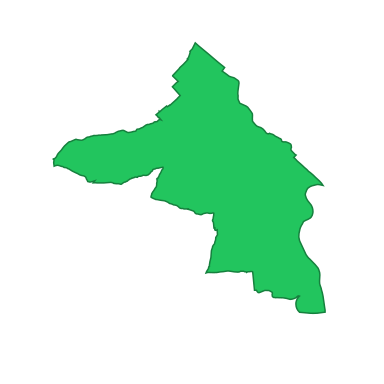 Ionesti, Gorj, Romania (orthographic projection), rotated 348°
{"feature_id": "2599482B1441582003717", "entity_name": "Ionesti", "entity_type": "district", "adm_level": 2, "iso_a3": "ROU", "parent_name": "Romania", "parent_adm1": "Gorj", "projection": "orthographic", "projection_center": [23.41, 44.619], "detail": "fine", "context": "isolated", "style": "filled", "palette": "green", "viewbox_px": 384, "rotation_deg": 348, "n_neighbors": 0, "source": "geoboundaries", "source_scale": "gbopen_adm2", "svg_char_len": 6071}
<svg xmlns="http://www.w3.org/2000/svg" viewBox="0 0 384 384"><g transform="rotate(348 192 192)"><path d="M236.5,60.1L228.9,50.5L226.2,46.8L222.0,52.1L219.3,53.9L219.6,54.2L218.5,56.4L217.0,59.0L216.0,60.2L215.0,60.9L215.5,61.6L210.0,65.4L206.9,67.2L205.7,68.0L205.2,68.6L197.3,74.1L197.2,74.5L201.5,81.0L199.3,82.0L194.7,85.0L200.5,95.2L197.3,97.3L197.2,97.5L188.5,102.6L188.3,102.3L185.7,103.5L185.1,102.6L180.2,105.0L177.3,106.7L176.7,106.1L176.5,106.8L176.2,107.2L172.8,109.0L173.9,110.4L174.0,111.1L174.9,112.4L175.2,112.2L175.5,112.6L176.7,115.0L175.9,114.5L175.1,114.4L173.9,114.9L173.0,115.6L172.4,115.9L171.2,115.7L170.4,115.8L169.8,115.6L168.7,116.3L167.9,116.6L165.4,116.7L164.0,117.0L162.7,116.7L161.0,116.9L157.1,118.6L155.5,118.8L153.4,119.4L152.2,119.2L151.2,119.2L150.7,119.6L150.0,120.5L149.2,120.8L147.3,120.6L145.0,120.8L142.1,120.6L141.2,120.2L138.0,117.6L137.2,117.3L136.3,117.2L134.5,117.3L132.5,117.3L130.0,117.9L128.7,118.4L126.6,118.7L125.6,118.5L121.0,118.3L115.3,117.4L114.0,117.4L112.9,117.0L111.3,117.0L109.3,116.7L107.7,116.3L106.6,116.5L104.2,116.5L103.5,116.8L100.9,116.6L99.7,117.0L98.1,117.8L95.7,118.4L94.9,118.4L94.0,118.2L90.7,117.0L89.9,116.5L89.2,116.3L83.9,117.4L82.2,117.4L80.8,118.1L76.8,120.5L74.7,122.2L73.0,123.8L69.4,126.3L68.3,127.3L67.0,129.0L66.1,129.9L64.5,130.8L63.2,130.8L63.1,131.1L63.6,131.8L63.7,132.1L62.8,134.5L62.5,138.1L63.5,137.9L65.7,137.8L66.3,138.0L67.5,138.5L69.6,139.8L70.8,140.2L71.7,141.1L72.0,141.4L74.4,142.2L75.2,143.2L76.3,143.8L79.3,146.7L82.9,149.5L83.7,150.0L85.9,152.0L88.1,153.2L89.0,153.4L90.4,154.5L91.1,155.3L91.3,156.3L91.5,157.7L91.9,158.6L92.2,160.1L94.3,161.1L96.5,161.1L99.3,160.8L97.3,162.5L100.0,163.0L100.7,163.3L107.8,164.8L114.7,165.7L116.4,166.5L117.2,167.3L119.5,168.1L121.8,168.6L124.2,169.7L125.2,169.4L127.1,168.5L128.2,168.3L129.1,168.4L130.0,168.0L131.1,167.9L132.2,167.1L133.1,166.9L133.6,166.5L135.0,166.4L136.0,165.9L136.8,166.1L137.4,165.8L138.0,166.0L138.4,165.9L139.4,165.5L141.7,166.3L141.9,166.2L142.3,165.7L143.0,165.5L145.1,165.9L146.5,165.8L147.6,165.4L150.5,166.3L151.3,166.2L152.5,166.2L154.6,165.1L156.1,163.8L157.5,163.2L157.9,162.8L158.2,162.0L159.1,161.7L160.6,161.8L161.9,161.4L162.9,161.5L164.1,161.7L165.5,161.6L168.7,161.7L168.8,162.5L168.3,163.4L166.9,164.4L166.4,165.3L164.7,167.5L164.1,167.8L162.6,170.2L162.0,170.6L161.8,171.2L160.7,171.5L160.4,171.8L160.7,172.0L160.2,173.1L160.3,173.8L159.2,176.3L159.0,177.4L158.5,178.8L158.0,179.6L157.5,180.1L156.9,180.5L155.1,182.5L153.5,183.9L152.2,185.4L152.2,185.8L151.7,186.5L150.9,188.1L150.9,188.7L152.9,190.3L155.2,191.9L156.2,192.1L159.9,193.7L163.1,194.8L163.8,195.2L166.3,197.0L167.5,198.4L167.9,198.7L169.2,199.2L170.5,200.1L171.2,200.7L171.9,201.0L172.6,201.2L174.2,202.0L175.2,203.0L176.7,205.1L177.6,205.7L178.3,206.0L179.7,206.2L180.2,206.7L181.3,207.1L184.4,207.6L184.1,207.9L185.8,208.7L189.6,211.0L190.1,211.7L190.8,213.5L191.7,214.3L193.1,214.7L195.4,215.9L196.7,216.1L198.7,215.5L201.9,215.5L202.6,215.6L204.8,216.6L206.6,216.9L208.0,216.8L208.9,217.3L208.2,219.8L207.9,220.2L207.8,220.8L207.3,221.8L207.2,222.4L206.2,223.8L206.1,224.6L206.5,225.7L206.6,226.5L206.0,231.8L206.9,231.8L206.7,232.9L206.5,233.2L206.5,233.9L206.9,234.3L207.4,234.5L208.8,234.2L208.6,235.1L208.0,239.2L205.8,241.4L205.2,243.5L204.7,244.5L204.1,245.4L203.6,246.6L203.2,247.4L202.8,247.7L202.0,248.3L201.4,248.9L200.8,249.6L200.6,250.3L198.8,253.4L196.9,260.0L195.0,264.0L193.7,267.4L193.7,268.2L192.8,268.7L192.1,270.4L190.3,272.2L189.4,273.3L188.9,274.1L189.9,274.0L190.9,274.0L196.3,275.3L199.5,275.9L203.0,276.0L205.9,276.4L209.8,276.6L211.1,276.8L213.1,277.5L216.8,278.9L220.3,279.9L221.9,280.0L223.0,279.6L223.7,279.8L224.6,279.9L225.1,280.1L226.0,280.2L226.8,280.9L227.7,281.1L228.5,281.5L228.6,282.0L229.9,281.6L231.6,281.9L233.2,282.0L234.5,282.4L234.7,282.8L234.6,284.2L232.7,301.1L234.6,301.5L235.1,303.0L235.8,304.1L236.6,304.4L237.6,304.3L242.8,303.4L246.9,304.4L249.3,306.5L249.6,307.0L249.6,307.7L249.1,308.7L248.9,310.4L248.9,310.8L249.1,311.2L249.3,311.5L249.9,312.1L251.0,312.4L251.9,312.8L253.0,312.9L255.6,313.6L259.0,314.4L262.3,315.7L265.4,317.3L266.4,317.5L267.8,317.6L270.0,317.4L271.5,317.1L273.6,315.9L274.5,315.7L275.2,316.0L275.5,316.2L274.2,317.0L272.5,318.7L271.4,320.3L270.6,322.1L270.3,323.6L270.1,325.5L270.2,327.0L270.4,328.1L271.0,329.9L272.2,332.0L282.9,335.3L286.0,336.0L289.5,336.6L297.2,337.2L297.6,335.2L297.7,333.2L298.5,321.2L298.5,317.4L298.3,314.9L298.3,313.0L297.9,310.0L297.8,308.2L298.2,305.7L299.8,299.8L300.0,298.3L300.1,297.1L299.8,294.1L299.4,292.5L297.4,288.7L293.2,282.0L292.3,280.8L291.6,279.5L290.5,276.9L287.1,262.1L287.1,258.3L288.0,254.9L290.0,250.4L291.1,248.7L292.4,247.1L293.4,246.1L294.4,244.7L295.2,244.0L297.5,243.3L299.6,242.9L302.4,242.0L303.3,241.4L304.8,239.7L305.9,237.5L306.2,236.5L306.5,234.5L306.5,232.5L306.2,230.8L305.8,229.4L303.3,224.4L302.5,221.8L302.2,218.7L302.4,217.5L303.1,216.2L304.7,213.8L305.9,212.5L307.1,211.9L308.9,211.2L310.7,210.9L315.9,210.7L316.9,210.9L318.4,211.4L320.2,212.2L321.5,212.8L320.7,210.9L320.7,210.7L319.0,207.8L315.8,203.3L314.1,200.7L311.8,197.7L310.3,196.1L309.0,193.9L307.0,191.3L305.5,189.1L301.4,183.6L300.0,181.2L298.7,179.4L301.5,177.5L300.6,176.7L298.1,172.7L297.6,171.4L297.7,170.5L298.1,169.7L298.5,169.2L298.5,168.6L298.7,168.0L298.7,166.5L298.4,165.6L296.9,164.2L294.8,162.8L293.9,162.4L291.8,162.0L290.8,161.5L290.4,161.0L290.3,160.6L290.3,159.7L290.2,159.1L289.7,158.3L289.4,158.1L289.0,158.0L287.5,156.6L285.3,154.9L284.7,154.3L283.8,153.2L283.0,152.5L282.2,152.0L280.8,151.3L280.1,150.7L279.0,151.0L278.1,150.7L277.3,150.2L276.8,149.6L275.7,147.1L274.4,145.0L272.7,143.3L270.6,142.1L269.0,140.9L268.0,139.4L265.9,135.4L266.3,132.8L267.1,129.6L267.3,128.1L267.0,127.0L266.0,124.6L264.1,120.6L262.8,119.2L257.2,115.1L256.4,111.3L256.4,110.2L257.1,107.4L257.2,105.6L257.4,104.8L257.9,102.9L260.6,95.3L260.7,93.9L260.6,93.3L260.1,92.4L257.2,89.3L256.3,88.7L254.5,87.8L252.4,86.5L250.3,84.0L246.6,80.0L249.8,77.0L244.5,70.5L236.5,60.1Z" fill="#22c55e" stroke="#15803d" stroke-width="1.5"/></g></svg>